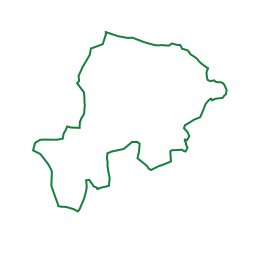 Warawa, Kano, Nigeria, rotated 285°
{"feature_id": "59680162B63361885953813", "entity_name": "Warawa", "entity_type": "district", "adm_level": 2, "iso_a3": "NGA", "parent_name": "Nigeria", "parent_adm1": "Kano", "projection": "mercator", "projection_center": [8.76, 11.903], "detail": "fine", "context": "isolated", "style": "outline", "palette": "green", "viewbox_px": 256, "rotation_deg": 285, "n_neighbors": 0, "source": "geoboundaries", "source_scale": "gbopen_adm2", "svg_char_len": 2571}
<svg xmlns="http://www.w3.org/2000/svg" viewBox="0 0 256 256"><g transform="rotate(285 128 128)"><path d="M214.9,81.7L212.9,82.4L202.4,81.9L195.7,72.4L195.2,71.6L188.8,72.1L183.7,70.8L175.1,68.3L174.0,68.2L165.6,66.8L165.2,66.9L160.7,68.6L158.1,67.2L153.8,72.7L151.2,76.1L146.8,77.8L144.5,78.4L143.0,79.0L141.3,79.4L138.7,80.4L131.0,81.8L128.0,81.5L125.8,80.5L121.4,80.0L115.6,81.2L113.7,72.8L113.7,68.8L109.6,68.3L106.1,67.3L100.8,67.7L99.4,64.9L98.1,61.8L95.6,52.1L95.7,51.9L93.8,46.1L89.8,42.3L88.2,42.1L81.8,42.1L80.2,50.0L72.8,59.8L68.9,63.7L66.2,65.8L52.6,68.8L43.1,75.2L36.6,79.8L34.5,80.9L34.7,83.9L35.4,86.9L35.7,88.8L35.7,90.8L35.6,94.5L35.5,96.7L34.9,99.4L34.4,101.1L36.2,101.9L38.0,102.4L40.4,102.7L48.4,103.9L57.6,103.8L61.1,103.2L66.6,101.1L67.9,103.9L67.1,104.9L65.7,106.6L64.3,108.3L62.8,109.8L62.2,113.7L61.9,113.7L61.3,113.8L61.4,114.2L61.4,114.5L61.5,114.8L61.6,115.1L61.7,115.4L61.9,115.5L62.1,115.8L62.3,115.9L63.0,116.7L67.2,124.5L75.0,123.2L81.9,119.8L87.3,117.6L89.5,117.3L93.5,115.4L98.3,114.7L98.7,115.4L100.9,118.1L106.6,129.2L109.3,131.2L115.5,135.5L116.9,140.6L115.8,143.3L108.5,144.7L101.2,145.0L96.3,156.1L94.1,158.5L93.4,161.1L99.0,167.4L101.1,170.6L104.4,175.1L106.8,178.2L116.2,174.9L116.7,175.2L117.7,175.8L120.9,185.5L120.3,187.6L120.3,187.9L120.2,189.7L124.5,190.6L124.7,190.4L125.0,190.1L125.2,189.8L125.6,189.5L126.0,189.3L126.3,189.1L126.6,188.8L126.8,188.5L126.9,188.3L127.1,188.1L127.6,188.2L127.8,188.0L128.0,187.9L128.3,187.9L128.5,187.7L128.8,187.4L129.4,187.5L129.5,187.3L129.7,187.1L129.9,186.8L130.1,186.4L130.4,186.1L130.7,186.0L130.8,186.0L131.1,185.9L131.6,186.0L131.8,188.2L136.0,189.3L136.6,188.8L139.3,186.8L142.3,182.1L145.5,182.3L148.9,185.8L153.0,189.5L157.1,194.9L163.4,195.8L166.7,196.3L169.3,196.5L170.7,196.6L171.1,196.7L172.0,197.0L173.4,197.7L175.5,198.7L176.0,199.0L177.8,200.4L177.8,200.7L176.5,202.0L178.9,204.9L181.5,211.5L184.0,212.5L186.1,213.9L188.3,213.7L190.2,213.4L191.9,212.1L192.4,211.8L193.5,210.7L194.4,210.1L195.9,208.2L195.8,207.6L196.1,206.8L196.2,206.1L196.0,204.7L195.5,203.1L195.4,202.1L195.3,201.3L195.5,200.7L195.6,200.0L196.3,199.0L195.6,197.5L194.8,195.6L194.6,194.4L195.1,192.5L197.7,191.0L201.6,189.5L203.8,189.6L206.5,189.8L206.9,188.2L208.8,183.1L210.9,179.0L212.5,177.3L213.9,174.0L215.3,169.4L217.4,167.1L218.5,165.1L218.6,159.7L221.4,157.3L221.6,157.0L221.0,153.7L220.9,148.4L218.1,146.1L217.2,141.4L216.8,138.9L215.8,136.5L215.0,132.7L215.0,128.1L215.0,126.3L215.1,121.1L216.4,108.9L214.9,104.6L214.1,94.8L214.9,81.7Z" fill="none" stroke="#15803d" stroke-width="2"/></g></svg>